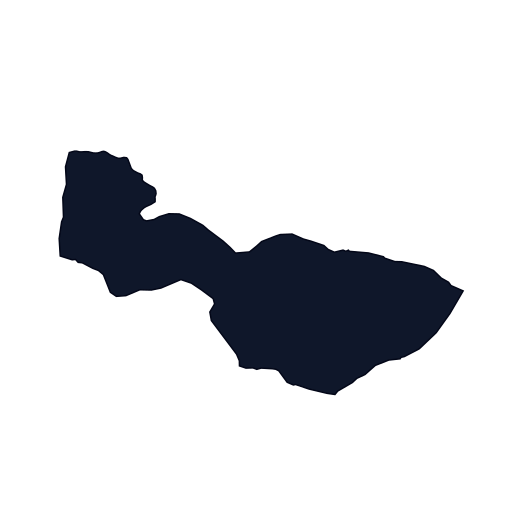 Zaragoza, Chimaltenango, Guatemala, rotated 252°
{"feature_id": "79465075B82010668835108", "entity_name": "Zaragoza", "entity_type": "district", "adm_level": 2, "iso_a3": "GTM", "parent_name": "Guatemala", "parent_adm1": "Chimaltenango", "projection": "natural_earth1", "projection_center": [-90.857, 14.68], "detail": "fine", "context": "isolated", "style": "filled", "palette": "ink", "viewbox_px": 512, "rotation_deg": 252, "n_neighbors": 0, "source": "geoboundaries", "source_scale": "gbopen_adm2", "svg_char_len": 1971}
<svg xmlns="http://www.w3.org/2000/svg" viewBox="0 0 512 512"><g transform="rotate(252 256 256)"><path d="M412.1,110.4L399.7,102.4L382.7,97.9L371.5,90.4L352.4,84.9L348.6,81.7L333.4,74.2L316.5,69.8L309.2,80.0L308.5,83.3L304.9,84.9L303.2,88.7L294.7,97.0L290.9,101.7L285.5,105.1L266.5,106.3L260.8,110.7L258.5,120.0L259.8,135.1L256.0,145.9L254.9,155.7L256.8,177.3L250.1,186.2L240.7,193.6L228.7,202.1L223.2,201.8L217.0,194.8L208.4,193.6L168.6,207.2L161.5,207.8L156.6,206.3L152.5,211.8L150.5,218.6L148.0,221.7L147.8,226.3L143.7,236.8L142.2,239.8L139.8,242.2L126.3,246.6L121.8,251.7L121.6,253.9L113.1,265.3L103.4,281.2L99.9,288.3L102.3,292.0L105.9,308.6L108.5,314.1L109.6,323.0L115.1,335.7L116.0,350.2L113.7,361.3L114.8,362.6L114.5,366.0L117.3,382.6L127.4,403.7L141.5,422.8L158.8,442.2L167.6,432.3L171.6,431.0L177.7,425.4L187.4,420.3L194.1,412.8L205.5,392.8L207.8,386.3L214.2,377.7L215.9,377.0L224.1,364.0L231.6,346.2L233.0,345.7L232.7,342.9L234.7,340.6L235.4,331.7L240.0,326.6L245.0,323.8L253.1,312.9L257.5,306.3L265.7,297.1L268.9,285.7L268.9,281.2L268.0,265.8L265.2,259.6L261.9,251.0L265.1,237.4L272.1,234.0L280.3,229.3L295.6,218.5L301.6,214.9L312.0,205.2L319.7,196.0L323.1,186.2L323.3,176.2L322.2,170.4L323.2,162.7L325.3,160.1L332.2,158.0L334.1,159.8L335.1,161.2L336.5,164.5L337.0,166.7L337.6,172.1L338.8,176.8L341.4,177.7L343.5,178.2L344.8,179.3L346.2,180.2L349.0,180.8L351.8,180.3L353.5,179.1L354.7,177.9L356.0,176.6L357.4,175.4L359.7,173.4L361.4,172.1L363.3,171.3L365.7,172.2L368.1,172.6L369.8,171.4L371.6,169.1L374.0,166.8L375.2,165.7L376.7,164.9L378.1,164.4L380.7,164.3L383.0,164.2L387.5,164.0L389.4,163.3L390.6,160.8L390.9,157.0L391.6,155.0L393.5,152.6L395.3,150.7L396.6,149.1L398.1,147.8L399.7,146.7L401.5,145.1L402.6,143.6L402.9,141.9L402.8,138.9L402.9,137.3L403.4,135.4L404.2,133.2L405.8,130.6L406.9,128.9L407.7,126.7L408.4,124.4L408.8,122.7L409.6,120.3L411.2,117.7L411.8,115.8L411.9,113.9L412.1,110.4Z" fill="#0f172a" stroke="#020617" stroke-width="1.5"/></g></svg>